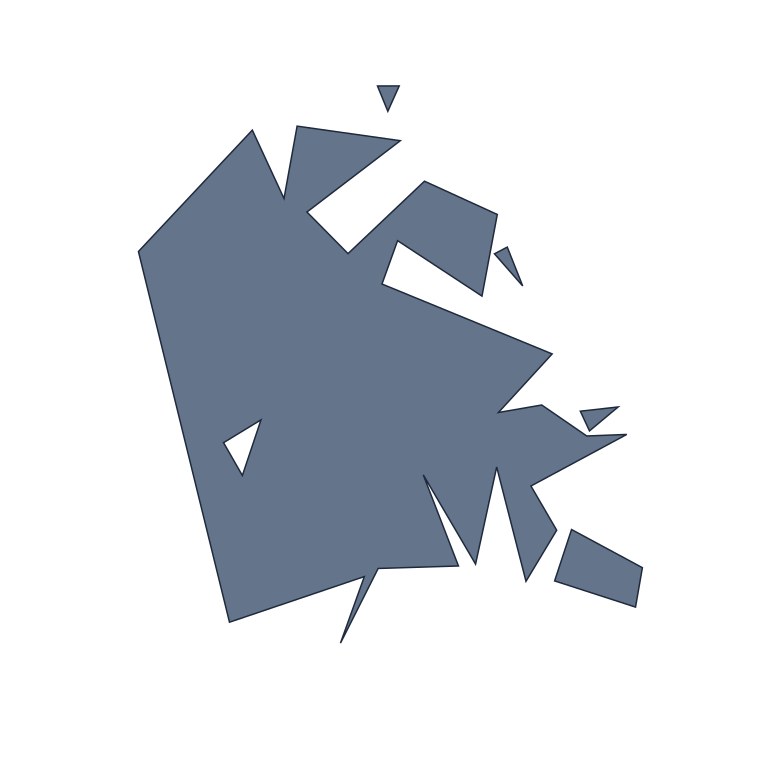 SVG path tracing the border of South Jeolla, rotated 253°
{"feature_id": "KOR-2506", "entity_name": "South Jeolla", "entity_type": "Metropolitan City", "adm_level": 1, "iso_a3": "KOR", "parent_name": "South Korea", "parent_adm1": "", "projection": "albers", "projection_center": [126.652, 34.734], "detail": "coarse", "context": "isolated", "style": "filled", "palette": "slate", "viewbox_px": 768, "rotation_deg": 253, "n_neighbors": 0, "source": "natural_earth", "source_scale": "10m", "svg_char_len": 775}
<svg xmlns="http://www.w3.org/2000/svg" viewBox="0 0 768 768"><g transform="rotate(253 384 384)"><path d="M665.3,332.3L590.6,342.6L656.0,376.3L611.9,470.7L571.0,360.6L519.2,387.7L566.1,482.0L513.0,541.9L439.4,503.4L517.1,438.9L480.2,411.3L363.6,553.6L323.3,485.1L317.8,528.7L275.0,562.7L264.8,601.4L243.5,494.7L193.7,506.4L153.8,462.1L271.7,467.5L185.0,418.9L285.6,395.0L188.2,402.0L209.3,324.5L148.9,266.6L205.6,308.9L201.4,166.6L582.5,187.9L665.3,332.3ZM385.7,255.9L374.8,213.4L337.9,221.8L385.7,255.9ZM190.0,520.8L132.8,577.4L97.1,559.3L145.8,489.6L190.0,520.8ZM300.6,563.8L293.6,601.2L279.1,566.8L300.6,563.8ZM437.2,545.3L476.2,527.7L478.9,541.9L437.2,545.3ZM643.7,467.4L670.9,464.9L664.6,485.7L643.7,467.4Z" fill="#64748b" stroke="#1e293b" stroke-width="1.5"/></g></svg>